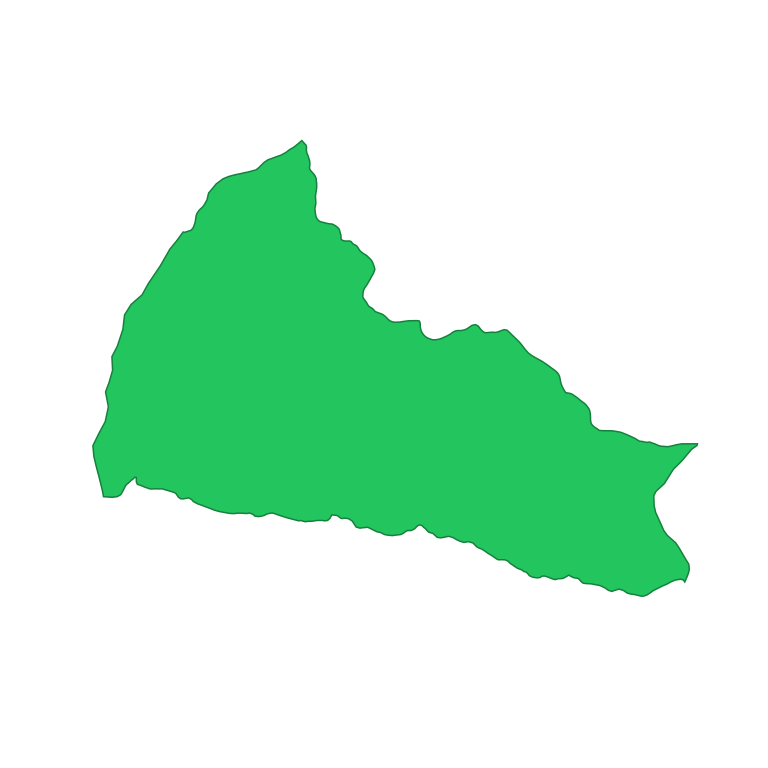 Yangnyer, Tashigang, Bhutan (Mercator projection), rotated 170°
{"feature_id": "84629894B53688584852577", "entity_name": "Yangnyer", "entity_type": "district", "adm_level": 2, "iso_a3": "BTN", "parent_name": "Bhutan", "parent_adm1": "Tashigang", "projection": "mercator", "projection_center": [91.484, 27.363], "detail": "fine", "context": "isolated", "style": "filled", "palette": "green", "viewbox_px": 768, "rotation_deg": 170, "n_neighbors": 0, "source": "geoboundaries", "source_scale": "gbopen_adm2", "svg_char_len": 5627}
<svg xmlns="http://www.w3.org/2000/svg" viewBox="0 0 768 768"><g transform="rotate(170 384 384)"><path d="M679.8,321.7L671.1,319.6L669.2,319.5L666.3,319.4L664.4,320.0L662.4,320.8L660.0,323.6L656.4,328.4L655.0,329.7L652.2,331.3L649.8,333.0L648.1,333.7L645.7,335.4L644.2,334.9L644.9,330.7L644.3,328.0L642.1,326.9L637.7,324.1L632.7,321.3L630.6,320.9L628.1,320.6L625.4,320.1L623.1,319.6L620.7,319.3L609.8,313.8L608.1,312.5L607.3,310.9L606.1,308.2L604.2,306.3L601.7,305.7L596.2,305.8L593.6,303.7L592.1,301.3L588.6,298.5L584.9,296.4L580.9,294.0L576.9,291.7L573.1,289.3L568.6,287.1L560.5,284.1L558.6,283.4L554.2,282.4L549.4,282.1L546.8,281.5L541.8,280.3L538.5,280.2L535.4,278.1L534.2,276.4L532.5,275.8L530.4,275.2L527.7,275.1L524.7,275.4L521.8,276.3L518.1,276.5L515.8,276.2L509.8,272.8L502.6,269.0L500.4,268.0L491.6,264.0L490.0,264.1L485.4,262.0L483.2,262.0L479.1,261.4L473.6,261.2L468.5,260.4L466.5,259.6L463.2,259.4L460.5,261.1L458.1,264.2L452.7,262.5L450.3,259.7L448.8,258.8L445.6,258.6L442.3,257.5L439.1,254.6L436.3,248.0L432.7,246.2L430.8,246.2L424.8,245.7L416.8,239.8L412.9,238.2L411.1,236.7L409.3,235.5L407.1,234.7L404.9,234.0L401.9,233.2L399.7,233.2L395.1,232.9L393.1,232.9L390.9,233.7L388.6,234.8L386.4,235.6L383.0,235.0L380.8,235.4L378.6,236.3L376.0,238.3L373.5,239.1L372.1,238.5L370.7,237.5L369.9,236.0L368.4,234.5L367.0,232.1L365.8,230.4L364.0,229.4L361.8,228.4L360.2,226.3L358.2,223.7L354.8,222.6L351.6,222.6L347.0,222.8L344.8,221.9L342.6,220.7L339.2,217.8L335.8,215.6L332.8,214.1L328.4,214.1L326.0,213.0L323.8,211.8L322.6,210.0L321.2,207.9L319.2,206.1L316.6,204.6L313.9,202.2L310.7,198.9L307.3,196.0L303.7,192.3L301.9,191.0L299.1,190.6L295.5,189.9L292.7,188.1L290.9,185.4L288.3,183.0L287.3,181.8L285.9,180.7L284.8,179.5L280.6,177.0L278.8,175.0L277.0,174.4L275.6,172.7L274.2,170.1L272.4,168.7L270.4,167.6L267.8,166.8L266.2,166.4L264.0,166.3L261.6,167.3L259.2,167.0L256.8,165.8L251.4,162.5L249.2,161.6L246.0,162.0L243.7,161.6L241.3,161.5L237.7,162.7L235.1,163.7L233.9,162.5L231.9,161.0L230.1,160.0L226.5,158.8L225.3,157.1L224.1,155.1L222.5,153.3L219.9,152.4L214.7,151.2L210.7,149.7L205.9,147.8L201.9,144.9L198.9,141.9L195.7,140.2L191.7,140.8L188.1,141.2L184.1,139.1L180.9,136.0L177.3,134.2L173.1,132.9L167.5,130.4L165.1,130.0L161.7,130.6L158.4,131.9L154.8,133.7L149.0,135.5L144.5,136.8L140.1,137.8L135.5,139.4L131.2,140.3L125.8,140.3L123.2,139.0L122.2,136.8L120.0,140.0L117.0,144.9L115.5,148.5L115.1,153.6L117.4,159.2L121.8,171.2L124.3,176.9L131.3,185.7L133.9,191.1L135.7,198.4L138.8,210.4L139.1,217.2L137.7,227.2L134.7,231.1L125.2,237.2L113.9,249.7L103.7,256.8L101.7,258.5L92.4,266.3L86.4,269.1L85.7,270.7L97.4,272.7L101.4,273.4L106.2,273.4L110.9,273.1L113.2,273.0L115.7,273.0L119.3,274.0L122.3,274.7L124.6,275.9L127.5,277.9L132.7,280.8L135.3,280.9L136.9,281.4L139.9,282.7L142.1,283.2L143.6,284.4L146.1,286.7L147.5,287.7L149.2,288.9L154.0,292.2L159.1,295.3L163.6,297.0L167.2,298.2L169.6,298.7L176.4,300.0L180.0,300.9L182.6,303.6L184.1,304.9L185.8,307.0L186.9,309.4L186.8,313.2L186.4,315.3L186.0,318.7L186.0,321.5L186.5,324.1L188.4,327.9L189.8,330.0L193.3,333.6L195.5,336.3L198.7,339.6L200.3,341.1L201.8,342.1L203.3,342.8L206.6,343.9L207.3,345.7L207.9,347.2L209.0,350.6L209.6,354.0L209.7,358.7L209.8,360.8L210.2,362.5L210.9,364.4L212.4,366.6L217.6,372.1L219.6,374.2L224.0,378.5L231.0,384.2L233.1,386.0L235.9,388.8L237.0,390.3L239.2,394.0L241.7,398.8L243.2,401.5L252.2,414.0L253.5,415.7L256.3,416.7L263.6,415.4L265.7,415.5L268.2,416.2L274.6,416.8L276.1,417.3L277.4,418.4L279.1,420.7L281.0,424.5L283.4,426.5L285.1,426.6L287.4,426.4L290.0,425.2L292.5,424.0L295.6,423.3L299.5,423.3L302.3,423.9L304.9,423.8L307.6,422.9L310.5,421.4L313.7,420.4L319.2,419.0L321.6,418.6L326.2,418.6L328.4,419.1L330.8,420.3L333.3,421.9L334.8,423.3L336.3,425.3L337.0,426.6L337.7,428.3L338.3,430.9L338.3,434.6L337.8,437.3L338.2,439.9L340.5,440.7L347.4,441.8L349.2,442.0L353.0,442.2L357.9,442.3L362.8,443.0L365.3,443.9L367.2,445.3L368.6,446.8L370.1,449.1L371.4,450.8L373.4,452.9L374.7,453.7L380.0,456.8L382.3,460.4L384.2,462.0L385.6,463.3L387.3,467.8L388.6,470.4L389.8,473.2L389.5,474.6L388.5,478.4L387.6,480.2L386.8,481.4L383.1,485.2L378.9,490.2L377.9,491.6L375.2,494.7L373.1,498.4L373.2,500.5L373.7,503.8L374.3,506.5L375.2,508.6L378.9,513.7L382.0,516.4L384.4,519.2L385.6,521.8L386.2,523.4L387.0,524.9L388.4,526.0L390.5,527.6L391.5,529.8L392.7,530.7L397.7,531.6L400.0,532.7L401.0,533.9L400.9,536.1L400.6,538.0L401.1,543.4L401.5,544.8L403.0,546.9L404.9,548.8L407.2,550.5L409.4,551.1L411.3,551.7L417.8,554.6L419.0,555.3L420.3,556.6L421.6,559.2L421.9,560.9L421.9,565.0L421.6,568.6L421.1,570.3L420.0,572.8L419.6,574.7L418.9,580.8L418.3,582.7L416.8,587.2L416.1,589.5L415.4,593.9L415.4,596.1L415.1,597.8L415.7,600.7L416.4,602.4L419.2,607.0L419.9,609.0L419.6,610.7L419.0,612.4L418.7,614.1L418.5,616.5L419.1,621.7L419.9,625.0L419.8,628.2L419.2,630.2L419.3,632.7L422.7,638.0L426.9,635.5L431.4,633.0L436.6,631.1L440.3,629.1L445.6,627.3L452.7,626.1L459.5,624.9L463.7,623.0L469.7,618.8L472.9,617.1L480.7,616.4L484.6,616.3L488.0,616.1L494.9,615.9L501.1,615.3L506.9,614.0L514.5,610.2L519.5,605.9L523.5,602.6L524.9,599.5L526.2,596.3L529.4,592.3L531.5,590.1L535.7,587.4L538.7,584.3L539.9,582.1L541.8,576.3L544.4,571.5L547.0,569.0L550.1,568.5L554.0,568.0L555.4,568.6L563.3,561.0L571.8,553.7L572.7,552.5L583.8,539.2L598.5,524.0L606.8,513.8L619.2,506.3L627.5,497.1L629.4,490.8L631.6,483.3L637.7,471.9L640.0,467.6L647.2,458.2L648.9,444.7L650.2,442.0L654.6,433.0L658.6,426.3L659.6,424.5L659.4,409.5L661.0,405.4L665.1,395.3L673.4,384.8L681.4,373.8L682.3,363.1L681.7,352.8L680.8,342.4L679.8,327.3L679.8,321.7Z" fill="#22c55e" stroke="#15803d" stroke-width="1.5"/></g></svg>